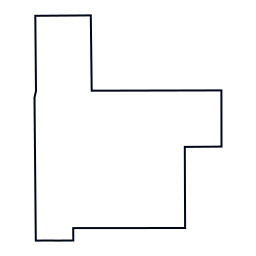 Montgomery, Illinois, United States of America
{"feature_id": "52423323B61876553243791", "entity_name": "Montgomery", "entity_type": "district", "adm_level": 2, "iso_a3": "USA", "parent_name": "United States of America", "parent_adm1": "Illinois", "projection": "albers", "projection_center": [-89.521, 39.262], "detail": "fine", "context": "isolated", "style": "outline", "palette": "ink", "viewbox_px": 256, "rotation_deg": 0, "n_neighbors": 0, "source": "geoboundaries", "source_scale": "gbopen_adm2", "svg_char_len": 290}
<svg xmlns="http://www.w3.org/2000/svg" viewBox="0 0 256 256"><path d="M35.8,240.6L51.0,240.5L55.6,240.6L73.3,240.5L73.2,228.1L185.1,228.0L184.8,146.9L221.5,146.6L221.4,90.4L91.7,90.7L90.8,15.4L35.3,15.8L36.0,91.0L34.5,97.5L35.8,240.6Z" fill="none" stroke="#020617" stroke-width="2"/></svg>